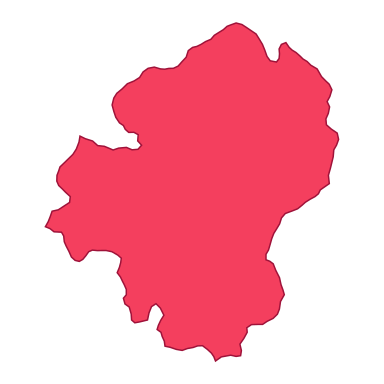 outline of Virgínia, Minas Gerais, Brazil
{"feature_id": "56859067B30740521650028", "entity_name": "Virgínia", "entity_type": "district", "adm_level": 2, "iso_a3": "BRA", "parent_name": "Brazil", "parent_adm1": "Minas Gerais", "projection": "orthographic", "projection_center": [-45.117, -22.346], "detail": "fine", "context": "isolated", "style": "filled", "palette": "rose", "viewbox_px": 384, "rotation_deg": 0, "n_neighbors": 0, "source": "geoboundaries", "source_scale": "gbopen_adm2", "svg_char_len": 2629}
<svg xmlns="http://www.w3.org/2000/svg" viewBox="0 0 384 384"><path d="M117.2,272.7L120.4,276.9L122.3,280.9L124.3,284.8L126.3,289.4L126.3,294.8L123.4,298.2L125.0,304.0L129.2,307.0L131.2,314.0L131.6,320.0L134.8,322.8L139.7,321.9L147.5,320.0L149.0,312.9L151.5,306.6L156.0,303.7L160.3,308.0L163.9,315.2L160.7,320.4L158.4,325.3L157.1,329.5L161.0,332.3L162.2,336.5L164.3,341.1L165.0,346.2L170.2,347.3L176.4,349.4L182.2,350.4L187.5,348.5L193.1,347.5L197.6,345.9L202.5,345.7L207.4,349.4L211.4,353.1L213.8,356.6L215.5,361.0L221.3,356.9L230.7,355.2L236.1,356.4L240.6,355.7L241.4,350.6L239.9,344.1L243.8,338.5L247.2,332.3L246.8,327.7L251.5,324.6L257.9,324.4L262.6,324.4L267.2,321.3L273.1,318.4L277.4,314.2L279.4,309.1L280.5,301.5L284.3,294.7L283.0,290.1L281.0,284.6L279.5,277.7L275.7,270.2L273.2,263.8L269.7,261.2L266.0,259.8L266.0,254.3L268.5,250.0L270.1,244.5L271.7,238.8L273.8,233.4L276.6,228.9L279.6,223.9L281.5,217.9L285.3,213.5L292.3,210.9L297.6,208.8L302.1,205.2L305.3,202.3L310.0,199.3L315.0,196.6L318.4,193.8L320.3,189.9L323.7,187.5L329.3,183.6L328.4,175.3L330.4,168.3L331.7,163.0L333.2,156.8L333.8,149.8L336.5,145.2L338.6,139.4L337.2,133.1L331.3,129.1L326.4,124.8L325.9,118.9L328.3,113.4L329.6,106.9L327.1,101.6L329.8,96.6L331.9,89.8L329.2,84.2L325.7,80.9L321.5,76.6L317.1,68.9L310.8,65.2L307.1,61.5L303.0,59.0L300.2,56.2L296.0,52.5L292.1,50.1L289.1,47.3L285.9,42.6L281.4,44.4L279.1,49.0L279.5,53.9L279.1,58.5L276.5,62.0L270.2,60.8L267.0,56.4L264.7,49.9L262.4,44.3L259.5,39.5L256.1,34.0L251.2,30.7L246.5,27.5L241.9,24.5L236.1,23.0L231.0,24.8L227.1,26.3L223.3,29.7L218.6,32.6L214.3,35.3L210.9,39.3L205.5,41.6L201.2,44.3L196.9,46.4L192.6,47.4L188.3,50.6L186.2,57.2L181.9,61.8L178.1,66.1L173.4,68.3L168.8,68.4L164.8,69.2L160.5,68.9L154.3,67.1L148.1,68.3L143.1,71.9L139.6,77.5L134.0,81.0L127.4,83.7L121.9,89.1L116.8,93.3L113.8,98.1L112.1,105.0L113.9,111.6L115.8,117.3L119.5,122.9L123.4,125.5L125.3,129.4L128.7,132.4L133.9,132.3L138.2,134.7L137.7,140.9L141.6,145.2L138.0,149.3L132.1,149.8L126.4,147.4L118.7,148.1L113.1,150.0L108.7,148.1L104.3,146.3L97.7,145.6L92.6,141.0L85.3,138.7L80.0,136.1L79.0,142.1L76.3,149.1L72.9,154.4L67.9,159.3L63.9,163.2L60.0,166.9L58.7,170.9L57.0,175.3L56.8,181.1L58.7,185.5L62.5,189.1L65.5,192.2L70.3,196.6L69.6,202.4L64.1,206.0L58.3,209.8L52.1,211.2L50.2,216.7L48.2,221.7L45.4,226.7L50.0,228.6L54.0,231.8L61.5,232.2L63.7,236.0L64.3,241.8L66.2,246.1L69.0,251.5L71.4,257.0L75.1,260.4L79.3,261.4L82.8,259.4L85.8,255.8L88.7,251.7L92.4,250.1L97.4,250.6L102.0,250.5L106.1,250.5L111.9,251.7L117.8,255.1L121.3,258.2L120.7,262.6L119.4,267.4L117.2,272.7Z" fill="#f43f5e" stroke="#9f1239" stroke-width="1.5"/></svg>